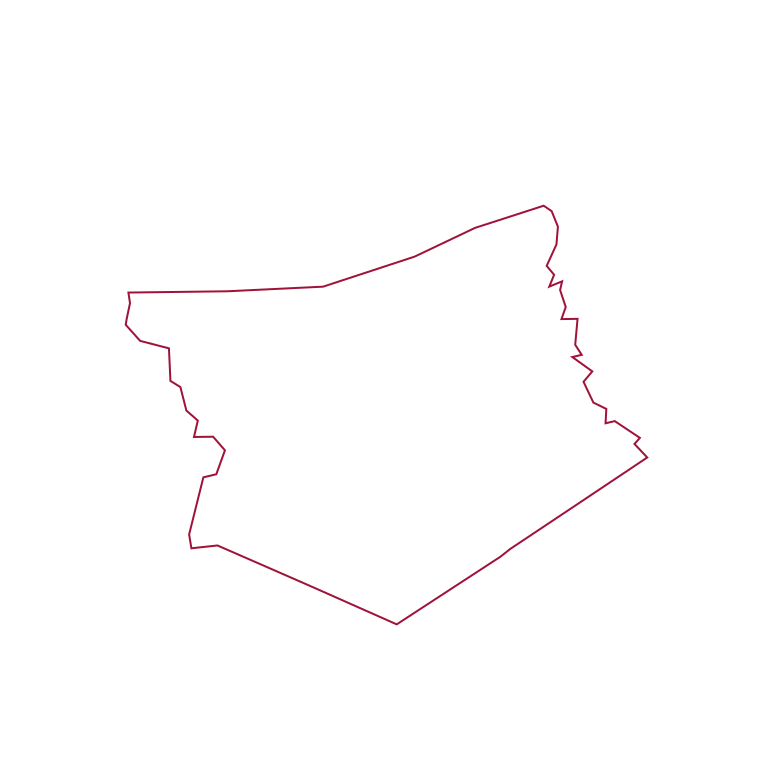 the district of Guadalupe, Texas, United States of America, rotated 23°
{"feature_id": "52423323B15867360599504", "entity_name": "Guadalupe", "entity_type": "district", "adm_level": 2, "iso_a3": "USA", "parent_name": "United States of America", "parent_adm1": "Texas", "projection": "albers", "projection_center": [-97.953, 29.612], "detail": "fine", "context": "isolated", "style": "outline", "palette": "rose", "viewbox_px": 768, "rotation_deg": 23, "n_neighbors": 0, "source": "geoboundaries", "source_scale": "gbopen_adm2", "svg_char_len": 801}
<svg xmlns="http://www.w3.org/2000/svg" viewBox="0 0 768 768"><g transform="rotate(23 384 384)"><path d="M113.0,399.7L118.6,408.8L121.8,425.1L123.1,430.4L142.7,439.6L172.1,435.2L186.2,464.6L197.8,466.4L212.5,485.7L226.9,490.4L229.8,507.0L247.3,499.3L263.5,507.2L264.9,532.6L254.2,540.5L263.4,598.6L270.9,610.5L293.8,597.7L396.8,598.8L489.6,600.3L558.7,497.4L564.6,486.6L629.6,387.6L655.0,348.8L638.0,341.3L640.6,333.6L610.9,328.0L603.3,333.6L598.4,320.1L584.0,319.3L566.8,304.0L570.8,291.0L546.8,285.6L554.6,279.9L544.7,273.2L536.7,248.4L522.0,254.9L521.2,242.1L509.4,228.7L507.8,219.9L498.1,229.8L497.9,217.0L487.6,211.7L488.2,188.1L482.6,171.2L470.8,159.4L461.3,157.5L406.8,204.7L362.4,254.8L360.9,256.1L289.9,318.2L203.7,359.8L113.0,399.7Z" fill="none" stroke="#9f1239" stroke-width="2"/></g></svg>